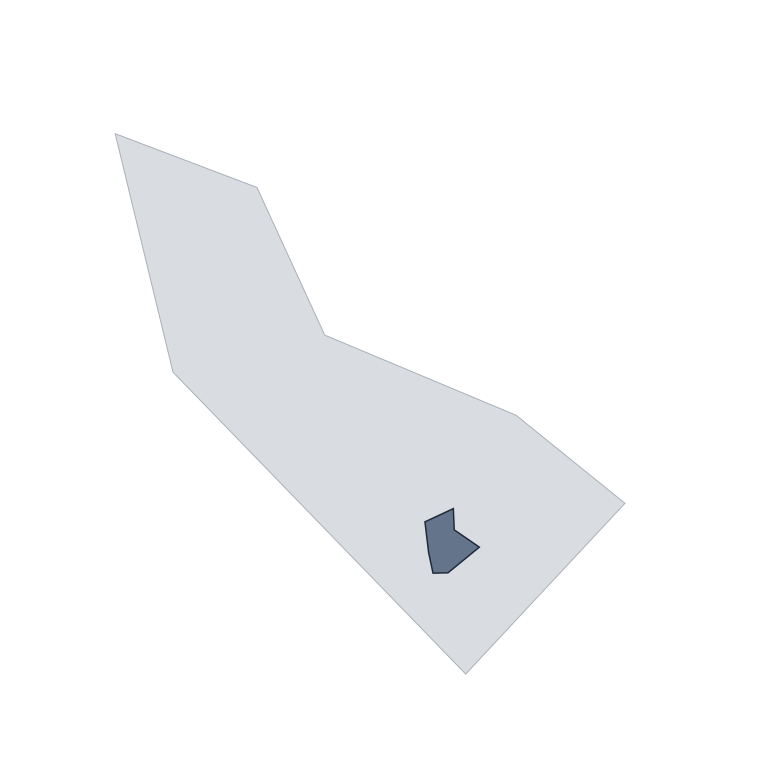 Seychelles, with English River highlighted, rotated 168°
{"feature_id": "SYC-5213", "entity_name": "English River", "entity_type": "state/province", "adm_level": 1, "iso_a3": "SYC", "parent_name": "Seychelles", "parent_adm1": "", "projection": "orthographic", "projection_center": [55.454, -4.609], "detail": "fine", "context": "in_parent", "style": "filled", "palette": "slate", "viewbox_px": 768, "rotation_deg": 168, "n_neighbors": 0, "source": "natural_earth", "source_scale": "10m", "svg_char_len": 424}
<svg xmlns="http://www.w3.org/2000/svg" viewBox="0 0 768 768"><g transform="rotate(168 384 384)"><path d="M587.9,439.4L594.9,684.7L467.4,602.6L431.8,444.1L261.4,326.0L173.1,217.2L364.4,83.3L587.9,439.4Z" fill="#d9dde1" stroke="#a8b0b8" stroke-width="1"/><path d="M375.4,188.8L375.4,209.8L372.6,240.7L342.1,247.7L345.6,226.7L324.7,204.6L360.7,186.0L375.4,188.8Z" fill="#64748b" stroke="#1e293b" stroke-width="1.5"/></g></svg>